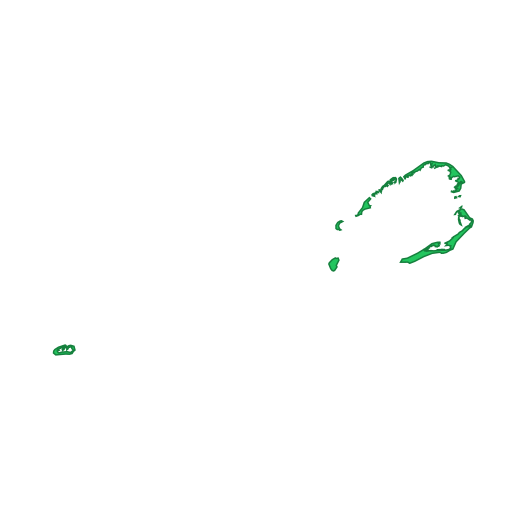 Cocos Islands, Australia, rotated 255°
{"feature_id": "25037944B17338277063313", "entity_name": "Cocos Islands", "entity_type": "district", "adm_level": 2, "iso_a3": "AUS", "parent_name": "Australia", "parent_adm1": "", "projection": "equal_earth", "projection_center": [96.875, -12.012], "detail": "fine", "context": "isolated", "style": "filled", "palette": "green", "viewbox_px": 512, "rotation_deg": 255, "n_neighbors": 0, "source": "geoboundaries", "source_scale": "gbopen_adm2", "svg_char_len": 6161}
<svg xmlns="http://www.w3.org/2000/svg" viewBox="0 0 512 512"><g transform="rotate(255 256 256)"><path d="M214.9,429.1L216.0,426.2L216.4,422.1L216.9,421.9L217.1,420.5L218.1,420.0L216.3,424.6L217.9,423.4L217.9,422.4L219.0,421.5L218.7,423.2L219.0,425.5L220.1,425.4L219.9,427.4L220.5,426.9L220.8,427.3L220.1,430.8L221.0,430.1L219.8,431.7L218.7,431.6L218.2,432.7L218.6,433.4L218.0,433.8L218.4,434.2L218.2,435.1L218.6,435.7L220.7,435.4L220.3,436.8L221.5,436.5L221.6,437.8L222.3,434.7L222.4,429.2L219.2,420.9L216.9,412.9L214.7,401.6L215.2,396.4L215.7,396.4L214.9,396.3L212.6,394.0L210.8,401.0L209.2,402.6L209.8,408.0L212.0,418.0L213.0,426.8L212.1,434.0L211.6,435.2L210.7,435.8L210.2,437.7L210.2,440.9L211.4,444.9L211.7,447.9L217.9,452.9L224.2,463.2L227.8,469.7L228.3,471.6L232.0,474.2L233.7,474.9L235.7,474.6L237.7,472.2L246.8,468.9L247.9,467.4L248.2,466.5L247.1,461.5L244.7,458.8L244.6,459.4L246.4,460.7L246.6,462.8L245.9,462.6L246.4,463.1L246.4,464.0L244.4,462.5L245.6,464.4L243.3,463.0L244.2,464.9L243.5,464.8L242.7,462.1L242.0,462.3L242.6,463.5L241.5,463.4L242.0,464.8L241.2,464.9L241.2,465.8L240.6,465.9L240.6,468.3L239.9,469.0L239.1,467.8L238.2,467.8L238.1,469.6L235.6,471.6L236.2,472.1L236.0,473.0L235.2,472.6L234.0,473.5L232.4,472.3L231.1,470.0L231.3,470.9L230.6,470.4L229.7,471.2L229.3,470.0L229.4,467.8L230.2,469.7L230.4,469.2L229.7,466.4L229.4,466.9L228.4,464.0L227.4,462.4L227.3,462.9L226.1,458.6L224.8,456.7L223.4,451.5L222.8,451.3L222.8,450.4L222.4,450.5L220.4,446.9L219.5,441.9L218.7,441.8L219.1,442.0L218.8,443.9L217.7,443.6L216.9,442.2L216.6,444.6L215.3,446.8L214.7,446.1L213.5,446.2L213.2,445.6L212.7,445.9L212.4,445.3L212.5,440.5L213.9,435.5L214.9,429.1ZM269.2,468.0L269.7,467.0L269.3,466.3L268.9,467.1L267.8,466.9L267.7,465.6L267.1,465.1L267.7,463.7L267.4,462.0L267.9,461.6L267.5,461.4L266.2,463.4L266.2,469.1L268.5,471.3L272.4,472.8L273.1,476.4L273.9,476.7L280.5,475.1L291.5,469.3L294.5,466.6L296.6,463.8L298.7,456.8L302.1,450.0L302.8,446.2L302.4,442.3L297.8,430.1L295.5,421.5L294.6,421.1L293.2,422.1L292.8,423.1L294.3,423.1L293.8,424.1L294.5,424.9L293.5,425.8L294.2,426.5L293.0,426.8L294.1,427.0L293.5,427.5L294.1,428.1L295.8,428.0L294.7,428.9L296.4,429.5L295.4,430.6L296.3,431.6L296.3,433.9L297.4,436.1L296.4,436.7L298.4,438.5L298.6,440.6L299.9,440.9L300.6,442.3L300.4,443.3L301.2,444.3L300.7,446.2L301.4,446.8L300.8,448.7L299.0,448.4L299.4,449.7L298.2,448.7L296.5,449.2L296.2,450.0L296.9,450.3L297.9,452.7L295.5,452.5L296.0,454.8L295.5,456.5L294.4,458.4L295.2,458.9L294.4,460.4L295.1,462.9L293.0,465.3L291.4,466.0L290.9,467.3L290.5,466.1L289.4,466.6L289.0,464.8L288.3,465.9L287.4,465.2L286.6,465.8L284.2,464.5L283.5,462.6L282.5,463.5L281.9,463.0L281.1,463.4L281.6,464.1L280.8,464.4L281.8,467.4L281.2,468.2L281.1,472.1L279.5,473.3L278.5,472.5L278.6,471.6L278.1,472.0L277.7,471.5L277.0,469.0L277.3,467.9L274.0,471.4L274.0,472.2L274.8,472.6L275.0,473.4L274.1,474.2L273.5,472.2L273.5,469.4L272.7,468.8L272.1,470.4L271.6,469.9L272.1,468.7L271.1,468.7L271.8,467.0L271.1,465.6L270.3,466.1L269.9,467.6L269.2,468.0ZM209.4,50.5L209.4,53.1L211.1,54.9L212.0,56.8L215.9,56.8L217.7,53.9L217.8,52.1L216.9,48.6L215.9,49.5L214.4,49.0L214.9,50.3L216.1,51.1L216.1,54.4L214.2,54.2L212.2,55.4L210.8,51.9L212.4,48.9L213.4,43.7L213.4,40.4L214.3,39.7L215.7,39.4L215.9,41.3L217.0,40.5L218.2,47.4L215.7,44.6L214.9,44.8L215.3,46.2L218.7,49.3L219.4,48.6L219.0,41.6L217.7,37.5L216.5,36.0L214.7,35.3L212.3,37.0L210.6,46.7L209.4,50.5ZM233.6,332.1L232.7,328.7L230.5,325.1L229.4,324.3L224.4,324.9L222.3,325.8L221.5,327.0L221.7,328.2L224.5,331.4L226.1,331.1L230.5,335.0L232.7,334.8L232.9,332.8L233.6,332.1ZM273.1,373.4L273.0,378.9L274.5,379.0L274.8,379.6L275.4,378.5L278.9,377.8L281.5,381.5L283.0,380.6L279.8,374.5L275.1,371.4L271.1,366.0L269.5,365.2L269.1,364.2L269.3,362.8L268.5,362.9L268.6,365.1L269.4,367.7L269.0,368.7L271.5,369.7L272.6,371.4L273.1,373.4ZM260.3,342.7L259.2,343.6L259.3,344.8L260.7,343.7L263.8,343.4L266.1,345.3L266.9,348.7L267.9,347.6L268.0,346.2L267.2,343.6L264.9,341.2L261.8,340.4L260.5,341.4L260.3,342.7ZM290.6,406.4L294.2,406.7L293.8,407.5L294.2,408.0L293.6,408.5L294.8,409.2L293.9,409.3L294.8,410.6L293.8,411.3L292.2,410.4L291.4,408.9L291.3,409.9L290.8,409.6L291.0,410.1L294.0,411.6L295.6,411.1L296.1,408.6L294.9,405.5L292.8,405.6L291.3,404.6L291.6,405.3L290.3,405.0L290.8,406.0L290.6,406.4ZM291.6,399.7L289.3,401.0L290.0,401.8L290.5,401.0L291.9,401.2L291.8,401.9L292.5,402.4L291.6,403.8L292.2,404.3L293.2,404.5L293.9,403.9L293.9,402.5L291.1,398.3L290.4,396.3L288.7,394.4L287.8,394.6L287.2,395.8L288.3,395.0L289.0,396.8L290.0,396.7L289.7,397.3L290.5,398.5L289.7,398.9L289.9,399.7L290.4,398.9L291.6,399.7ZM291.0,414.5L292.1,414.8L292.0,415.9L293.2,416.6L294.8,415.9L294.0,414.1L289.7,413.5L290.7,414.4L291.6,414.0L291.0,414.5ZM232.8,462.3L238.4,461.8L237.2,462.5L239.8,461.7L241.2,461.9L238.9,461.1L235.2,460.9L233.8,461.3L232.8,462.3ZM285.2,387.0L284.7,387.5L286.0,386.6L285.8,385.0L285.1,384.0L284.2,383.9L283.3,385.5L285.0,384.7L284.7,386.2L284.3,385.4L284.1,386.4L285.2,387.0ZM295.0,420.5L294.3,419.3L291.4,420.1L294.0,420.7L295.0,420.5ZM285.7,393.8L286.3,394.0L287.6,393.2L288.0,392.2L287.0,391.9L286.1,392.8L286.8,392.5L286.4,393.2L285.8,392.9L285.0,393.3L286.3,393.7L285.7,393.8ZM260.4,463.0L260.4,464.8L261.6,464.5L261.5,463.3L260.4,463.0ZM291.5,417.0L291.1,416.6L290.3,417.1L291.0,417.7L292.8,417.0L292.0,416.5L291.5,417.0ZM260.4,468.4L261.3,469.1L261.5,468.2L261.0,467.2L260.4,468.4ZM286.4,389.7L285.7,389.7L285.6,390.7L286.5,390.4L287.1,389.2L286.1,389.3L286.4,389.7ZM294.8,452.8L295.3,456.4L295.5,455.1L294.8,452.8ZM249.4,465.8L250.2,467.4L250.6,467.5L249.7,465.3L249.4,465.8ZM214.5,435.6L215.1,432.7L214.9,432.3L214.4,433.6L214.5,435.6ZM285.0,388.5L286.5,388.6L286.6,388.2L285.8,387.7L285.0,388.5ZM213.0,440.2L213.5,439.7L214.0,438.0L213.8,437.9L213.0,440.2ZM281.1,462.3L280.0,463.3L279.6,464.4L280.0,464.6L279.8,464.1L281.1,462.3ZM214.0,437.7L214.3,437.4L214.4,435.8L214.0,436.3L214.0,437.7ZM295.6,449.1L296.7,447.7L297.1,446.7L295.7,448.6L295.6,449.1ZM294.8,452.0L294.3,450.7L294.8,452.3L294.8,452.0ZM288.2,463.7L288.7,464.1L289.2,464.2L289.5,464.5L289.3,464.1L288.2,463.7Z" fill="#22c55e" stroke="#15803d" stroke-width="1.5"/></g></svg>